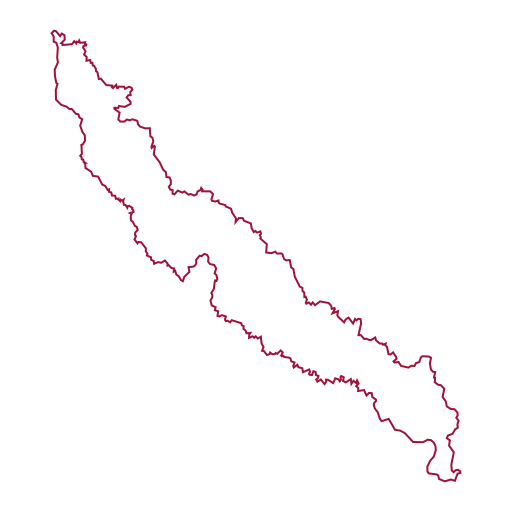 the district of Faro, Pará, Brazil
{"feature_id": "56859067B36653463037922", "entity_name": "Faro", "entity_type": "district", "adm_level": 2, "iso_a3": "BRA", "parent_name": "Brazil", "parent_adm1": "Pará", "projection": "natural_earth1", "projection_center": [-57.817, -1.109], "detail": "fine", "context": "isolated", "style": "outline", "palette": "rose", "viewbox_px": 512, "rotation_deg": 0, "n_neighbors": 0, "source": "geoboundaries", "source_scale": "gbopen_adm2", "svg_char_len": 5986}
<svg xmlns="http://www.w3.org/2000/svg" viewBox="0 0 512 512"><path d="M123.1,201.5L124.0,204.9L125.5,205.0L127.3,207.8L127.8,206.1L129.0,205.8L132.4,207.9L132.1,209.0L133.4,210.5L133.5,211.9L130.0,213.1L131.6,213.9L130.8,215.7L130.9,220.3L132.7,221.6L134.9,225.9L136.7,226.8L137.7,229.9L135.2,232.6L135.1,235.3L136.0,236.1L134.5,239.4L137.5,243.4L138.4,242.0L141.2,242.3L145.9,248.4L145.8,251.3L147.5,253.8L146.9,255.5L151.0,257.3L151.2,259.8L153.7,261.0L154.1,263.8L158.3,262.1L161.2,262.8L164.9,260.5L167.5,263.4L167.5,265.6L168.7,265.1L171.4,268.0L174.0,268.4L173.7,271.6L175.1,270.7L176.4,274.7L178.7,276.1L181.0,280.1L182.9,281.2L184.3,276.8L189.4,271.9L188.5,267.2L193.8,266.5L195.3,265.1L196.3,263.3L196.1,259.8L199.7,255.7L201.4,256.2L204.4,253.9L207.1,254.9L208.5,257.4L208.1,261.6L210.0,264.0L214.2,265.0L216.2,268.5L214.6,273.3L216.5,275.2L217.3,279.2L216.4,280.9L215.2,280.4L214.7,282.1L213.9,288.8L211.3,293.1L212.4,295.1L212.2,297.4L210.5,300.5L211.7,305.4L215.6,307.2L214.9,310.2L218.2,311.3L217.5,315.9L219.3,316.4L222.0,315.2L225.9,316.5L224.9,319.7L226.0,321.2L227.6,320.7L230.2,322.3L231.7,320.2L241.3,323.2L241.8,325.3L243.6,326.1L243.5,329.0L245.4,330.3L246.5,333.3L250.3,332.9L249.3,334.4L249.0,337.9L252.7,336.3L254.2,337.7L255.6,336.3L257.9,338.5L260.9,336.7L261.5,343.2L263.5,347.0L262.1,350.8L263.9,351.0L266.9,355.0L269.6,354.1L270.1,352.5L272.3,354.2L274.8,354.1L275.7,353.0L277.2,353.8L280.6,350.5L282.7,352.4L281.2,355.7L281.8,356.3L283.4,355.7L284.2,357.0L288.9,357.6L290.5,358.4L291.3,361.4L294.5,362.4L293.3,366.0L293.8,367.5L297.4,364.8L298.4,367.2L302.3,368.2L303.0,372.2L309.1,369.5L310.0,371.8L308.9,374.0L309.8,374.8L312.0,375.0L313.4,371.2L315.6,371.9L316.0,375.0L318.5,376.0L317.7,378.4L316.2,379.5L317.4,381.7L320.8,379.5L324.5,384.1L326.2,381.9L326.0,379.7L328.1,379.8L333.1,383.1L335.3,378.3L338.4,379.3L339.8,381.3L340.9,379.6L340.5,377.0L341.2,376.0L343.8,377.3L343.0,380.9L345.9,382.3L350.8,379.1L351.4,383.8L353.4,380.8L356.2,383.0L357.1,380.5L358.6,383.5L356.2,386.2L358.3,387.9L358.1,391.0L364.1,390.1L366.5,395.5L368.9,393.0L371.7,393.1L372.3,397.0L375.9,399.5L376.1,400.9L374.1,403.1L373.8,404.9L374.8,408.4L377.7,412.2L379.9,418.8L381.6,421.2L388.7,418.9L395.0,429.8L400.1,430.6L404.7,433.0L413.1,442.0L423.1,442.2L427.7,439.7L431.1,440.2L433.8,442.7L435.4,445.9L435.8,450.0L433.8,456.6L430.2,460.7L427.3,466.6L427.5,471.7L428.8,473.4L436.6,474.4L438.2,475.4L439.1,479.0L444.8,481.3L450.9,479.5L454.9,480.8L457.6,473.6L460.4,472.9L460.2,471.3L458.0,469.8L455.5,470.3L453.7,472.2L451.8,470.5L451.3,464.8L453.8,452.3L449.1,445.6L449.8,440.3L446.8,438.2L447.9,435.6L452.6,433.7L455.2,429.3L457.8,427.7L457.4,424.3L458.6,420.8L456.3,417.7L457.7,415.4L457.4,412.5L454.5,409.2L450.8,409.0L446.8,406.4L445.7,401.2L442.6,397.0L444.3,388.7L440.9,385.2L438.0,384.7L434.8,382.2L435.0,377.7L434.0,377.5L435.2,372.1L433.1,371.8L431.0,369.6L429.9,363.6L431.0,357.8L428.9,356.5L422.3,356.3L420.8,357.5L419.3,362.1L416.0,363.1L414.5,366.0L411.5,365.7L408.3,367.6L401.1,365.9L398.5,362.0L394.4,362.5L393.5,361.4L396.6,358.8L396.1,356.9L393.1,352.4L390.4,354.5L388.5,354.1L387.0,346.9L385.2,345.2L385.7,343.6L382.9,344.7L382.2,343.5L379.7,343.5L376.0,340.4L375.3,337.5L371.0,340.1L369.1,339.9L366.4,338.7L364.3,339.0L360.8,335.1L358.5,335.1L361.1,323.4L360.6,319.1L358.3,318.8L356.3,320.4L355.0,319.0L353.1,323.5L348.5,317.6L345.7,319.4L344.1,322.4L337.9,316.5L337.3,315.2L338.0,311.2L332.5,313.4L334.9,309.0L334.5,308.0L331.8,308.9L331.1,305.6L328.6,303.0L320.0,301.4L315.1,305.2L312.7,302.4L311.0,304.7L308.9,302.4L306.4,303.7L305.8,302.9L306.9,299.6L305.6,296.7L304.4,297.0L304.3,292.6L302.5,290.9L302.4,287.9L299.8,286.6L294.8,276.7L293.4,269.0L291.2,267.4L289.7,260.1L286.3,260.4L284.1,259.1L282.3,253.9L281.0,253.4L277.2,253.6L275.2,251.6L271.6,253.2L266.2,252.5L266.8,244.1L260.3,238.5L260.8,237.2L259.8,235.0L261.0,233.8L260.4,231.4L257.1,232.6L255.3,231.0L253.8,232.1L251.7,228.3L250.8,223.4L244.0,220.8L242.8,218.1L238.8,218.1L235.6,222.1L235.9,218.3L232.2,212.7L231.0,208.7L225.7,206.4L225.3,205.1L219.8,203.6L218.7,202.7L218.5,200.5L215.4,201.5L212.1,200.9L211.4,199.4L213.0,194.2L210.2,191.3L202.2,191.3L202.6,189.6L201.2,187.9L200.4,190.1L197.5,191.5L196.6,194.4L194.1,195.5L190.4,194.0L188.6,194.7L184.4,191.4L182.3,192.6L177.8,190.6L174.4,194.4L172.6,193.7L172.6,190.0L170.2,189.6L168.8,186.8L170.8,184.3L170.8,180.4L169.5,177.4L166.5,177.1L165.9,172.1L163.2,169.8L159.7,162.3L153.8,154.5L154.9,146.6L154.2,145.8L151.7,147.9L151.4,147.0L153.3,141.2L152.4,137.7L150.4,136.4L149.8,128.2L145.2,128.4L139.9,126.5L138.0,124.2L137.3,120.8L132.4,119.3L129.6,120.3L126.9,119.5L124.5,121.5L121.8,121.6L120.3,121.5L118.3,119.5L119.6,112.6L114.5,109.0L114.4,107.8L118.3,107.9L118.9,106.0L124.6,106.9L130.6,103.9L130.6,102.0L126.6,97.4L128.3,95.2L130.6,95.1L130.2,92.1L132.4,89.7L131.5,87.7L129.0,86.7L125.1,88.8L124.2,86.8L118.7,86.6L117.8,88.1L116.9,87.8L116.2,84.8L113.0,88.1L111.9,87.2L112.3,85.6L106.3,85.1L100.9,78.7L98.8,79.0L97.4,72.1L96.1,71.3L95.8,68.7L94.1,65.8L92.8,65.5L92.4,62.7L90.7,62.9L90.2,60.0L86.5,60.8L86.7,57.0L84.1,54.6L85.5,51.3L83.1,47.6L83.4,46.1L86.1,45.4L86.3,44.4L84.9,43.9L85.2,42.3L80.2,42.8L79.2,40.6L78.6,42.1L76.8,41.6L76.2,43.4L74.2,41.2L71.9,44.2L62.5,45.0L62.5,43.5L61.2,43.2L64.7,39.7L64.5,35.2L61.7,33.6L60.1,36.1L56.0,31.2L54.0,30.7L51.6,33.2L53.7,36.6L53.7,41.7L56.3,42.8L57.8,47.4L57.2,57.7L57.9,62.4L54.7,69.7L55.0,76.4L56.3,82.9L57.5,83.8L55.8,90.0L56.0,99.6L61.3,104.9L66.5,106.6L69.6,109.1L71.7,108.9L76.0,113.9L78.4,114.3L79.6,117.7L82.2,119.2L80.2,125.7L82.4,131.9L84.8,135.3L85.0,140.7L82.7,144.5L81.4,144.8L81.9,153.8L80.2,155.8L81.5,157.0L81.8,159.3L83.2,159.6L83.8,161.8L85.1,162.7L84.3,162.7L85.2,163.8L85.5,168.0L91.1,171.7L92.9,175.9L98.1,176.6L102.2,184.5L105.4,186.1L107.6,189.9L109.1,189.3L109.0,191.8L111.3,192.4L111.9,195.4L115.2,195.8L115.9,198.8L118.4,198.6L118.2,199.4L120.2,201.2L120.6,199.7L122.1,200.7L123.6,199.6L123.1,201.5Z" fill="none" stroke="#9f1239" stroke-width="2"/></svg>